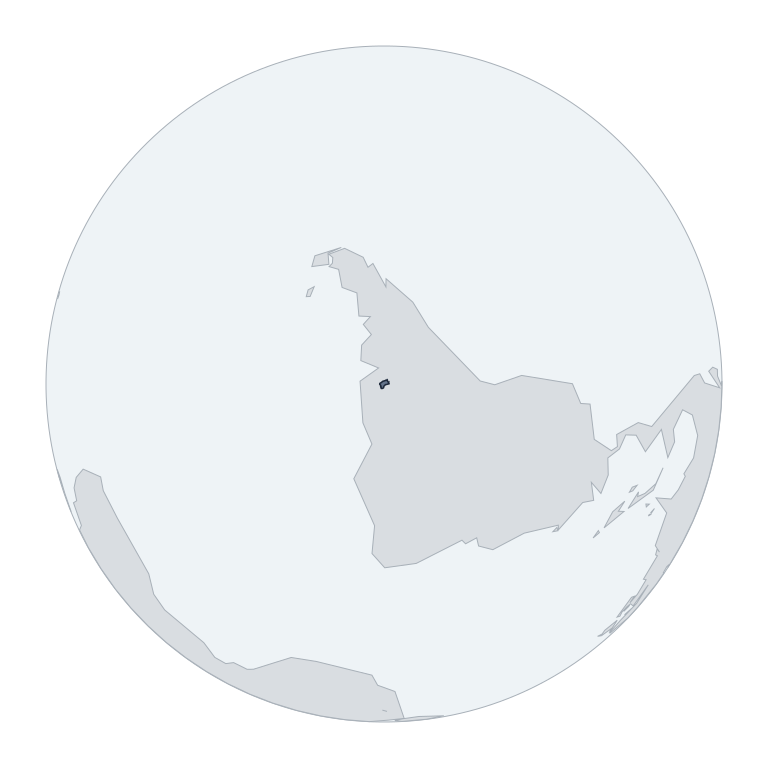 globe centered on Salto, rotated 137°
{"feature_id": "URY-10", "entity_name": "Salto", "entity_type": "Department", "adm_level": 1, "iso_a3": "URY", "parent_name": "Uruguay", "parent_adm1": "", "projection": "orthographic", "projection_center": [-57.006, -31.312], "detail": "fine", "context": "on_globe", "style": "filled", "palette": "slate", "viewbox_px": 768, "rotation_deg": 137, "n_neighbors": 0, "source": "natural_earth", "source_scale": "10m", "svg_char_len": 4737}
<svg xmlns="http://www.w3.org/2000/svg" viewBox="0 0 768 768"><g transform="rotate(137 384 384)"><circle cx="384" cy="384" r="338" fill="#eef3f6" stroke="#a8b0b8"/><path d="M296.6,57.6L301.6,56.3L298.2,57.5L301.6,57.6L308.4,55.5L308.2,54.9L321.7,51.9L321.2,52.0L351.0,47.7L351.3,47.7L364.8,46.6L368.4,46.7L388.4,47.6L388.8,48.3L372.6,49.9L348.7,51.3L327.7,56.9L353.1,51.8L353.6,55.1L358.7,55.4L365.5,54.9L369.9,53.3L372.5,54.6L348.4,59.2L345.6,58.0L353.3,56.3L342.1,57.4L325.8,62.1L327.4,64.3L301.2,71.9L301.9,73.8L296.7,77.1L297.2,73.2L295.8,80.8L265.2,96.9L262.7,115.2L252.4,104.0L240.9,105.9L226.6,111.0L225.9,113.8L208.0,118.8L189.7,132.4L179.6,151.0L183.2,161.5L203.3,153.5L210.9,143.5L226.6,136.6L212.1,161.6L239.0,156.2L234.5,174.6L241.9,181.9L256.1,175.9L270.7,177.3L282.1,164.5L300.0,156.0L299.4,170.7L310.0,155.9L319.5,161.8L355.8,158.4L352.8,161.9L383.2,179.3L417.4,188.6L425.3,201.0L421.1,208.3L433.3,211.5L433.5,216.6L482.8,230.8L508.8,249.1L508.4,268.2L487.5,286.8L470.7,335.3L433.8,348.3L425.9,370.0L399.6,402.4L377.0,399.4L385.0,416.9L373.8,427.7L359.5,428.8L358.5,441.7L348.0,442.6L356.0,450.8L341.7,469.1L348.8,483.2L339.0,498.8L344.1,507.3L339.4,507.5L335.2,511.4L335.8,516.5L320.3,510.1L312.8,490.9L316.1,480.3L309.9,479.7L316.4,453.7L310.7,459.6L307.1,424.2L312.9,395.2L311.6,320.6L303.5,307.9L277.5,296.4L246.0,255.7L253.4,235.6L247.0,228.8L268.0,200.1L263.2,180.2L256.0,179.0L248.3,188.4L224.4,182.4L217.2,170.3L151.3,178.6L146.1,176.1L148.8,166.1L141.1,152.3L137.8,171.9L132.1,172.1L130.2,167.4L134.7,162.3L138.0,153.6L134.8,155.8L136.5,153.9L153.2,137.2L171.1,121.6L189.9,107.4L209.8,94.5L230.4,83.0L251.9,73.0L274.0,64.5L296.6,57.6ZM259.5,122.7L290.4,126.5L271.4,131.5L275.3,128.7L267.8,126.0L253.2,125.7L237.0,132.4L259.5,122.7ZM276.6,108.0L271.1,108.5L276.7,107.2L276.6,108.0ZM347.1,524.9L322.1,513.0L335.7,517.9L342.7,509.1L356.7,519.1L347.1,524.9ZM368.7,502.8L378.3,498.4L381.3,500.9L375.3,504.6L368.7,502.8ZM601.0,125.0L605.6,130.5L598.5,126.3L585.2,117.0L566.5,100.5L581.5,109.8L601.0,125.0ZM711.8,465.9L706.2,484.9L701.8,486.9L692.1,508.9L688.4,508.2L681.5,519.4L672.8,525.6L662.1,526.9L654.6,509.3L662.1,497.4L670.5,467.7L685.5,405.6L695.8,387.3L698.5,368.3L692.2,317.6L694.2,299.4L690.4,287.4L684.0,282.8L678.7,268.7L674.0,264.4L638.4,247.3L622.5,226.9L591.4,179.3L594.1,168.0L585.7,151.6L597.3,125.7L609.8,135.0L624.9,147.0L641.5,165.2L656.8,184.6L670.6,205.0L682.9,226.4L693.6,248.6L702.7,271.6L710.0,295.1L715.6,319.1L719.5,343.5L721.5,368.1L721.8,392.7L720.3,417.3L716.9,441.8L711.8,465.9ZM605.1,142.5L607.6,146.6L605.1,142.5ZM356.9,158.1L361.2,160.8L355.3,161.2L356.9,158.1ZM268.0,137.3L274.9,136.2L278.3,137.5L272.8,139.2L268.0,137.3ZM327.8,128.4L336.1,128.8L327.2,130.6L327.8,128.4ZM295.4,127.1L321.2,128.7L303.9,134.6L287.8,134.1L299.4,131.1L295.4,127.1ZM271.9,115.2L276.0,115.2L274.3,117.6L271.9,115.2ZM280.7,107.2L278.9,107.7L277.2,106.5L280.7,107.2ZM355.0,54.8L357.1,54.4L363.7,54.2L360.0,55.0L355.0,54.8ZM396.6,51.6L399.9,53.8L395.0,52.4L390.5,53.3L374.5,52.2L388.2,48.7L384.8,50.1L396.6,51.6ZM356.9,50.9L365.5,51.2L355.5,51.0L356.9,50.9ZM564.8,668.8L557.9,673.0L561.1,670.7L564.8,668.8ZM684.9,537.7L681.2,544.5L684.6,536.5L692.2,521.4L699.9,504.0L684.9,537.7Z" fill="#d9dde1" stroke="#a8b0b8" stroke-width="1"/><path d="M379.9,381.7L380.0,381.5L380.0,381.4L380.0,381.1L380.0,380.9L380.1,380.7L380.4,380.7L380.5,380.8L380.8,381.0L381.0,381.3L381.4,381.4L381.5,381.4L381.7,381.5L381.9,381.6L382.6,382.0L382.8,382.1L383.1,382.4L383.2,382.5L383.4,382.5L383.7,382.6L383.8,382.6L384.0,382.5L384.4,382.4L384.5,382.4L385.1,382.5L385.5,382.5L385.6,382.4L386.0,382.2L386.3,382.1L386.4,381.9L386.5,381.9L386.7,381.7L386.8,381.6L387.0,381.5L387.4,381.6L388.2,381.8L388.3,381.9L388.4,382.0L388.5,382.1L388.7,382.3L388.8,382.4L388.8,382.5L389.0,382.6L388.9,383.1L388.8,383.3L388.7,383.4L388.3,383.5L388.2,383.6L388.1,383.8L388.3,384.0L388.2,384.1L388.2,384.4L388.1,384.5L387.9,384.7L387.8,384.8L387.7,384.8L387.7,385.0L387.4,385.2L387.3,385.6L387.3,385.8L387.4,386.0L387.4,386.3L387.4,386.6L387.2,386.7L387.1,386.8L386.9,387.0L386.7,387.3L386.1,387.2L385.9,387.2L385.5,387.0L385.4,387.0L385.2,387.0L385.1,386.9L384.9,386.8L384.4,386.9L384.2,386.9L383.9,386.8L383.7,386.9L383.2,386.9L383.0,386.7L382.9,386.7L382.5,386.6L382.4,386.5L382.3,386.4L382.2,386.2L381.9,386.2L381.7,386.2L381.4,386.0L381.0,385.8L380.3,385.6L380.2,385.6L380.1,385.3L380.1,385.2L379.7,385.0L379.3,385.0L379.2,385.0L378.9,385.1L378.7,385.1L378.7,384.8L378.8,384.7L379.0,384.6L379.1,384.4L379.1,384.2L379.3,383.9L379.4,383.7L379.5,383.6L379.5,383.4L379.4,383.2L379.5,382.9L379.6,382.7L379.7,382.3L379.5,381.9L379.4,381.9L379.5,381.8L379.6,381.7L379.8,381.6L379.9,381.7Z" fill="#64748b" stroke="#1e293b" stroke-width="1.5"/></g></svg>